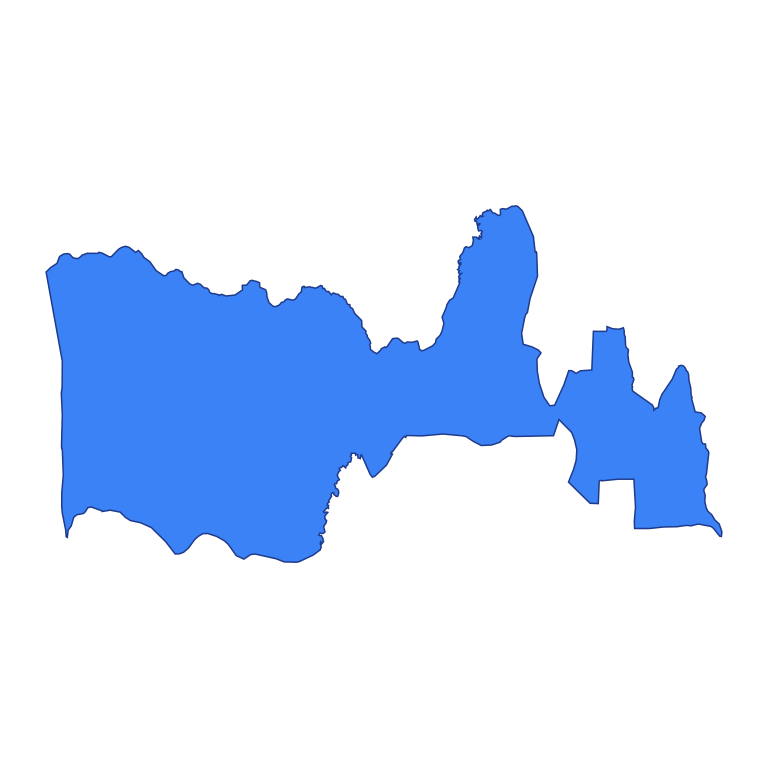 Kibaha, Pwani, United Republic of Tanzania (Natural Earth projection)
{"feature_id": "72390352B76192804660906", "entity_name": "Kibaha", "entity_type": "district", "adm_level": 2, "iso_a3": "TZA", "parent_name": "United Republic of Tanzania", "parent_adm1": "Pwani", "projection": "natural_earth1", "projection_center": [38.677, -6.806], "detail": "fine", "context": "isolated", "style": "filled", "palette": "blue", "viewbox_px": 768, "rotation_deg": 0, "n_neighbors": 0, "source": "geoboundaries", "source_scale": "gbopen_adm2", "svg_char_len": 6082}
<svg xmlns="http://www.w3.org/2000/svg" viewBox="0 0 768 768"><path d="M67.3,537.4L68.2,530.1L71.2,526.0L73.7,517.4L76.7,514.8L83.4,513.5L85.3,511.8L87.8,507.7L91.2,507.0L101.8,510.8L102.1,511.5L110.2,510.2L120.1,512.1L125.6,517.5L130.3,520.5L140.8,522.8L151.4,527.6L165.7,541.7L175.2,554.0L179.6,553.8L183.7,552.2L188.6,547.9L194.4,539.9L198.2,536.4L202.8,533.7L207.8,533.5L216.9,536.5L224.5,540.9L228.5,544.6L236.2,555.6L243.9,559.1L250.6,554.6L255.0,554.0L276.3,558.8L284.1,561.9L296.5,562.2L299.3,561.6L313.3,555.0L320.2,549.9L321.2,547.1L320.3,543.6L321.2,543.1L320.4,542.7L320.7,541.8L321.5,543.4L321.5,544.2L323.6,541.5L322.9,540.5L323.2,539.2L321.3,535.4L320.0,535.8L318.7,535.1L320.0,533.0L323.0,533.5L325.0,532.0L323.6,526.5L326.1,522.9L326.6,520.4L325.3,519.5L324.7,516.3L327.8,512.4L326.3,512.0L324.2,512.7L323.5,511.8L327.1,507.7L329.0,508.7L328.1,507.6L328.6,505.4L327.3,505.3L327.6,503.3L329.2,502.0L328.6,500.8L331.5,496.4L331.1,494.2L332.6,492.7L333.7,492.6L333.9,494.5L336.3,496.4L337.7,496.3L338.7,493.1L338.5,490.7L337.5,489.1L335.5,488.0L335.4,486.2L334.4,484.9L334.6,483.9L336.6,483.7L337.2,481.2L339.4,479.7L337.2,475.6L338.4,472.3L340.3,470.3L339.2,468.9L339.4,468.1L341.5,467.4L343.0,465.6L345.7,467.9L346.1,466.1L347.8,464.8L348.2,462.5L350.7,461.8L351.6,457.7L350.4,456.2L351.5,454.9L351.2,453.3L355.3,453.2L355.7,455.2L357.0,454.4L357.9,455.1L357.9,457.8L360.3,458.6L361.0,455.0L361.6,455.0L370.2,474.5L372.5,477.3L375.3,475.8L386.4,465.2L392.5,454.1L390.7,453.7L391.7,451.8L392.2,452.0L402.8,437.8L404.3,436.4L405.7,437.4L406.5,435.5L422.1,435.9L442.9,434.0L462.3,435.8L466.1,436.6L473.5,441.5L481.3,445.5L491.7,445.0L500.0,442.2L502.1,439.9L508.7,435.8L515.0,436.5L553.5,435.7L559.0,419.6L571.7,432.5L574.5,439.8L576.8,449.6L576.2,460.1L573.5,469.5L568.5,482.1L590.1,503.3L598.3,503.6L599.2,481.1L600.3,480.3L601.7,480.8L618.2,479.2L633.9,479.2L635.5,507.2L634.3,521.2L634.6,528.5L649.5,528.5L663.3,527.0L677.3,526.7L686.3,525.4L691.2,525.8L698.3,524.0L711.1,526.5L713.5,528.3L719.6,536.1L721.4,536.5L721.9,531.8L719.2,524.0L714.9,520.0L711.8,514.8L707.7,511.1L706.1,507.5L704.8,501.2L705.2,495.3L703.8,490.5L704.2,488.6L707.1,484.6L706.9,481.5L705.5,476.4L706.4,474.1L708.8,452.8L708.1,450.8L705.8,447.8L705.5,444.0L702.8,443.7L701.7,441.9L699.6,428.3L701.7,423.0L704.0,420.3L705.2,416.4L701.3,412.9L695.2,411.9L691.6,398.5L692.1,397.8L691.1,394.9L690.8,388.4L689.0,380.6L688.6,374.5L687.5,371.5L686.4,370.7L685.4,368.2L683.5,366.0L681.2,365.3L678.6,366.1L678.5,367.4L676.4,369.3L672.3,379.0L661.9,394.5L659.8,399.5L658.3,406.8L657.4,408.3L656.2,408.0L653.9,410.2L653.8,407.9L652.5,405.1L632.7,391.1L632.1,388.1L632.6,387.1L631.9,385.4L633.9,379.4L633.4,377.6L632.4,377.3L632.4,372.2L628.8,362.2L627.9,354.7L628.5,349.8L626.2,347.4L625.6,345.4L625.2,336.7L624.2,334.4L624.2,330.9L623.4,327.8L618.9,329.2L612.7,328.8L607.0,326.6L606.9,330.4L606.1,331.4L593.4,331.3L591.8,370.0L580.5,370.8L576.1,373.4L571.8,370.7L568.8,370.6L564.0,384.6L554.6,405.3L549.7,405.7L544.0,397.4L539.4,383.5L537.3,371.3L536.9,359.0L541.0,352.9L538.3,350.0L532.0,346.9L523.2,344.2L521.6,333.4L524.7,317.7L525.7,314.4L527.4,312.6L530.1,298.5L537.5,276.3L536.7,253.3L536.3,251.9L535.6,252.3L535.1,251.6L533.4,236.5L522.3,210.7L517.7,206.3L515.2,205.8L513.9,206.5L512.2,206.1L506.4,209.2L502.6,208.6L500.3,209.4L500.5,214.6L498.5,215.6L494.6,213.1L492.8,213.0L490.3,209.5L488.8,210.7L487.3,210.2L487.3,210.8L483.0,212.6L482.1,215.3L483.1,216.2L481.6,216.9L480.2,215.7L478.0,218.8L477.0,219.2L476.2,217.0L474.8,219.0L474.6,220.0L475.5,220.5L475.1,221.1L476.7,221.8L477.1,224.5L479.8,223.6L479.7,224.6L477.6,225.7L477.9,228.5L478.6,230.9L481.5,230.6L482.1,232.0L480.8,233.7L481.6,234.5L481.5,237.6L479.7,235.9L478.8,237.5L479.6,239.1L477.9,238.7L476.7,237.2L472.8,237.1L473.4,240.3L472.4,245.4L469.0,247.7L465.9,246.7L464.4,248.0L462.9,252.5L460.0,256.2L459.7,256.9L460.6,259.4L458.3,260.6L458.2,262.5L458.7,263.3L460.6,262.6L461.0,264.1L459.3,264.6L459.8,265.6L458.8,266.8L459.1,268.4L457.6,269.6L459.5,270.9L458.5,272.1L459.2,273.8L461.3,273.5L458.7,276.3L458.9,277.9L459.8,278.2L459.3,279.1L460.0,279.1L459.0,280.7L458.9,282.1L459.9,282.4L453.2,298.0L449.7,300.1L447.0,304.5L445.9,308.4L442.1,317.1L443.9,323.4L441.9,331.5L439.9,335.5L436.2,339.1L435.5,342.8L432.5,345.9L423.5,350.5L421.6,350.7L419.7,349.5L418.0,342.1L417.1,340.9L412.3,342.3L407.2,342.0L405.3,343.2L403.4,342.9L398.5,338.6L396.9,338.1L392.6,338.6L386.8,347.1L385.9,347.6L384.9,346.9L381.3,348.7L380.4,350.5L376.8,353.6L373.8,352.1L370.4,349.4L370.3,346.3L369.6,344.8L370.7,343.3L369.7,340.3L367.4,337.1L367.2,335.4L365.7,333.0L366.0,331.1L362.0,327.0L361.6,320.5L354.7,313.4L352.5,308.5L350.3,307.3L349.8,304.7L347.4,304.3L345.5,299.4L343.8,298.6L342.9,296.5L340.6,296.5L338.0,294.2L335.5,294.1L334.5,293.2L333.0,293.0L331.3,294.8L328.7,291.5L327.3,291.7L325.5,290.5L324.5,288.5L322.8,288.5L322.2,286.0L320.7,285.5L315.8,288.2L309.2,286.8L304.4,287.6L304.4,286.4L303.6,286.3L301.9,287.3L301.3,291.9L298.9,293.9L295.4,299.1L292.7,300.2L287.4,298.9L285.0,300.2L284.1,301.8L281.4,302.4L279.5,304.9L275.4,306.7L272.8,306.1L269.0,302.6L267.0,296.8L266.6,292.3L265.6,289.7L260.4,287.5L259.7,286.7L259.6,282.8L257.0,281.6L251.9,280.3L250.2,280.7L246.6,285.1L242.3,285.3L242.4,290.0L235.0,295.0L226.0,296.0L221.5,294.3L219.2,295.5L219.1,294.9L213.9,293.5L211.9,293.7L209.6,292.1L208.7,289.7L207.1,288.2L203.9,287.7L200.3,284.3L197.7,283.3L192.8,285.2L189.9,284.0L184.0,278.0L181.8,271.6L181.0,271.9L178.2,269.8L175.9,269.4L173.8,271.1L170.6,271.6L167.8,273.2L166.1,275.5L163.7,275.7L156.2,270.7L150.0,261.9L143.9,257.4L141.7,253.8L138.4,250.5L135.6,252.4L129.1,247.3L125.5,246.3L121.6,247.4L118.5,249.3L111.3,256.7L109.2,256.8L102.2,253.1L98.8,252.3L97.7,253.4L87.1,253.3L81.8,255.3L80.5,256.9L77.5,258.7L73.0,257.8L69.6,254.1L67.7,253.6L63.7,254.0L60.6,255.8L59.4,256.9L57.0,263.4L50.8,267.4L46.1,272.0L62.3,361.2L62.1,387.4L61.3,393.0L62.3,415.3L61.5,445.9L61.7,448.8L62.3,449.2L63.3,475.2L61.8,492.1L61.7,506.3L62.3,513.1L65.6,529.6L66.2,536.7L67.3,537.4Z" fill="#3b82f6" stroke="#1e3a8a" stroke-width="1.5"/></svg>